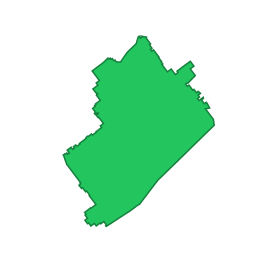 outline of Wickepin, Western Australia, Australia, rotated 53°
{"feature_id": "25037944B57924194295774", "entity_name": "Wickepin", "entity_type": "district", "adm_level": 2, "iso_a3": "AUS", "parent_name": "Australia", "parent_adm1": "Western Australia", "projection": "equal_earth", "projection_center": [117.609, -32.822], "detail": "fine", "context": "isolated", "style": "filled", "palette": "green", "viewbox_px": 256, "rotation_deg": 53, "n_neighbors": 0, "source": "geoboundaries", "source_scale": "gbopen_adm2", "svg_char_len": 3268}
<svg xmlns="http://www.w3.org/2000/svg" viewBox="0 0 256 256"><g transform="rotate(53 128 128)"><path d="M112.2,38.1L112.2,39.3L112.2,40.2L112.1,45.0L112.1,54.6L113.8,54.6L113.8,58.0L106.9,58.0L106.9,62.7L101.0,62.7L97.8,62.7L97.8,61.7L95.0,61.7L95.0,61.2L94.3,61.2L90.0,61.2L90.0,60.6L83.9,60.6L82.7,60.6L81.8,60.6L80.9,60.6L80.9,62.7L78.7,62.7L78.7,60.8L74.5,60.8L74.5,59.4L70.7,59.4L67.3,59.4L66.6,58.5L65.8,59.2L64.8,60.2L64.2,60.7L62.6,62.2L63.8,62.2L63.8,64.0L63.6,64.0L62.7,64.0L61.4,64.0L61.4,65.1L65.6,70.7L66.2,75.8L66.8,80.6L66.9,81.4L67.2,83.4L68.0,85.9L68.4,87.2L68.7,88.0L68.8,88.2L70.1,92.2L70.8,94.2L70.8,94.3L70.1,95.2L68.7,96.9L67.9,97.6L65.9,97.5L65.9,98.8L63.1,98.8L63.1,100.1L61.5,100.1L61.5,101.9L60.1,101.9L60.2,102.9L60.6,105.8L60.9,109.1L60.9,110.3L60.9,112.7L60.9,122.3L62.0,122.3L62.0,122.2L63.3,122.1L63.5,122.2L63.5,122.3L67.9,122.3L71.0,122.3L72.9,122.3L72.9,126.3L75.7,126.4L75.7,129.0L75.7,132.5L77.8,132.5L77.7,132.4L78.5,132.4L80.6,132.4L81.6,132.4L81.6,131.8L82.8,131.8L82.8,133.5L86.6,133.5L89.2,133.5L89.2,139.4L89.9,139.4L89.9,141.1L90.9,141.1L90.9,142.0L91.1,142.0L91.1,144.5L92.8,144.5L94.8,144.5L96.0,144.5L96.0,146.0L97.6,146.0L97.6,143.0L98.6,143.0L98.6,145.6L101.8,145.6L101.8,145.0L101.8,144.9L105.5,144.9L109.6,144.9L109.6,148.8L111.7,148.8L111.7,152.7L111.8,156.2L112.3,156.2L112.3,160.7L110.8,160.7L110.8,164.7L110.7,164.7L110.6,164.8L110.2,165.1L110.2,166.7L110.5,167.3L110.7,167.6L111.1,167.6L111.1,176.1L111.9,176.1L111.9,179.9L111.0,179.9L110.1,179.9L110.1,182.8L111.8,182.8L111.8,183.9L111.7,183.9L111.7,185.1L111.2,185.1L109.1,185.0L109.1,185.7L109.1,187.4L109.1,188.2L109.1,189.0L109.1,189.9L112.6,189.9L112.6,190.2L112.6,191.9L111.1,191.9L111.1,194.1L110.7,194.1L110.8,195.8L110.7,195.9L112.6,196.4L115.0,197.2L119.6,198.6L120.4,198.9L122.5,198.6L122.7,198.8L123.7,198.8L126.1,198.8L127.4,198.8L128.6,198.8L131.9,198.8L134.3,198.8L135.1,198.8L137.1,198.8L138.1,198.8L139.6,198.8L143.1,198.8L143.1,199.5L144.2,199.5L144.2,201.6L148.3,201.5L148.3,200.3L151.3,200.3L151.3,200.2L153.5,200.2L153.5,199.0L156.6,199.0L158.8,199.1L158.8,199.7L160.6,199.7L164.4,199.7L166.6,199.7L169.8,199.7L169.8,200.4L169.8,201.5L169.8,202.9L169.8,205.8L169.3,205.8L169.3,206.2L169.3,209.6L169.3,211.4L169.3,213.4L171.7,213.4L171.7,214.7L175.7,214.7L175.7,217.9L180.1,217.9L180.1,216.6L183.4,216.6L184.0,216.6L184.0,212.3L187.1,212.3L187.1,207.4L188.2,207.4L188.2,205.0L188.2,203.6L190.3,203.6L192.6,203.6L192.6,204.6L193.5,204.6L193.9,199.1L194.8,185.8L195.2,179.2L195.3,179.2L195.5,175.9L195.5,166.7L195.5,166.0L195.8,165.2L195.9,164.9L195.9,164.6L195.6,163.8L194.8,161.0L192.7,153.4L191.3,148.6L190.7,146.5L189.5,142.2L187.8,136.0L187.7,135.7L187.6,135.4L187.3,132.8L185.0,114.5L184.5,110.5L184.3,108.2L184.2,108.2L183.7,104.3L183.2,100.1L182.0,91.3L179.9,74.9L177.7,57.5L172.5,54.6L167.3,54.6L159.3,54.6L161.2,50.8L156.3,50.0L154.6,50.0L154.6,52.4L149.8,52.4L149.8,50.0L148.8,49.5L148.8,54.7L146.3,54.7L146.3,52.3L144.0,52.3L144.0,49.3L143.2,49.4L141.0,49.9L141.0,52.1L136.9,52.1L136.9,53.5L134.7,53.5L130.4,53.5L130.4,55.6L127.6,55.6L127.6,53.7L128.2,53.3L128.2,53.2L128.1,52.5L127.9,51.1L126.8,43.8L126.6,42.7L122.5,42.7L118.3,42.7L118.3,38.1L115.2,38.1L112.2,38.1Z" fill="#22c55e" stroke="#15803d" stroke-width="1.5"/></g></svg>